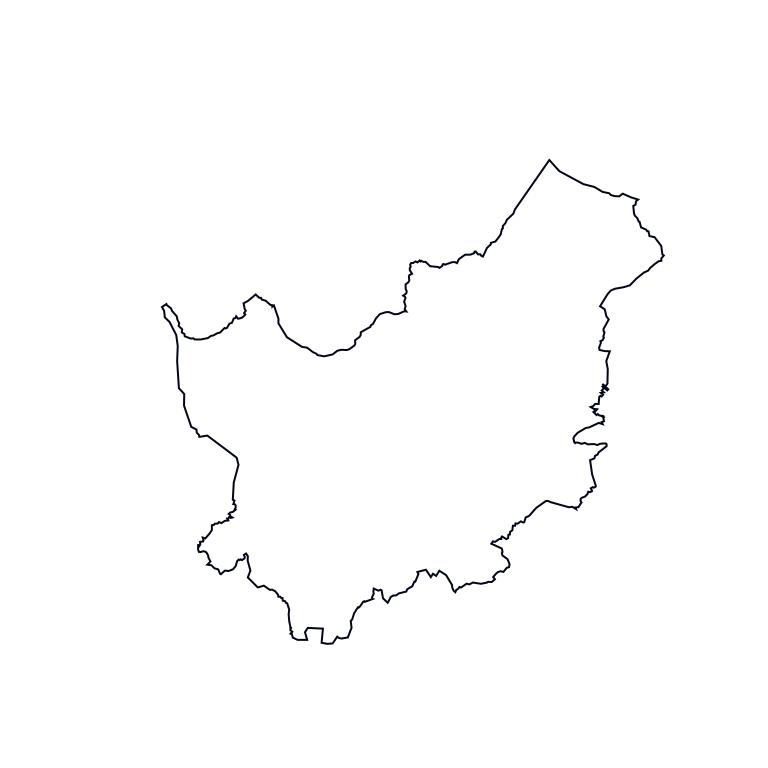 Ixtacamaxtitlán, Puebla, Mexico, rotated 112°
{"feature_id": "50627088B57019790335861", "entity_name": "Ixtacamaxtitlán", "entity_type": "district", "adm_level": 2, "iso_a3": "MEX", "parent_name": "Mexico", "parent_adm1": "Puebla", "projection": "albers", "projection_center": [-97.837, 19.598], "detail": "fine", "context": "isolated", "style": "outline", "palette": "ink", "viewbox_px": 768, "rotation_deg": 112, "n_neighbors": 0, "source": "geoboundaries", "source_scale": "gbopen_adm2", "svg_char_len": 6166}
<svg xmlns="http://www.w3.org/2000/svg" viewBox="0 0 768 768"><g transform="rotate(112 384 384)"><path d="M165.9,173.0L163.8,173.9L160.0,172.7L159.6,174.4L152.2,178.6L146.5,188.1L147.4,193.3L143.4,195.9L143.7,197.3L142.7,198.7L142.5,204.3L137.9,207.8L137.9,208.8L135.5,211.0L134.0,214.3L132.5,215.9L125.5,219.6L123.6,218.0L120.0,218.7L117.8,217.5L118.4,224.8L118.1,234.0L121.9,236.2L123.4,240.5L123.8,244.5L122.8,246.6L124.0,253.3L122.5,262.9L124.0,273.9L121.0,301.1L114.4,314.6L173.2,328.0L177.7,327.9L185.7,331.6L189.4,331.7L193.1,333.0L195.2,332.1L196.2,332.7L201.4,331.9L204.3,332.4L210.2,334.1L213.1,337.8L214.6,337.3L219.2,339.5L228.8,340.0L228.7,341.7L227.7,343.3L228.6,345.3L226.8,348.6L227.3,349.6L228.9,349.4L231.6,352.2L233.8,357.3L240.3,361.4L244.6,361.6L244.4,363.7L245.4,366.3L250.5,372.1L250.4,373.5L251.0,374.3L252.7,374.2L255.6,376.1L255.2,377.5L257.5,385.3L255.2,391.3L256.0,393.1L255.9,395.7L256.7,396.1L256.1,397.2L258.7,398.5L258.6,400.8L260.7,402.1L261.6,404.1L263.4,404.5L265.7,403.1L267.1,403.5L268.9,402.6L271.3,399.3L273.5,401.2L274.7,401.3L278.7,399.3L280.5,399.5L283.6,401.3L287.8,399.5L289.5,397.7L291.6,397.3L294.9,399.3L295.2,397.4L296.2,396.3L300.1,396.2L303.6,393.2L306.8,392.8L308.4,390.4L309.0,392.5L313.7,397.0L315.4,400.3L315.5,406.5L316.8,409.3L320.7,414.0L326.1,416.0L332.4,416.7L334.6,418.2L336.1,418.0L344.7,424.9L347.3,424.0L349.3,424.2L354.4,427.2L357.4,425.7L359.3,425.8L364.6,429.1L366.4,431.1L368.2,436.2L370.6,439.7L375.8,442.7L380.8,449.9L382.1,456.6L381.3,457.9L381.1,461.7L379.1,469.0L380.3,473.9L377.0,491.5L367.3,504.6L362.9,506.4L352.4,515.5L354.2,516.5L352.8,517.2L353.2,518.9L351.1,525.0L351.5,529.0L350.2,530.3L350.8,532.0L349.1,536.5L358.0,541.3L361.8,544.4L366.5,541.4L367.8,539.6L370.7,540.3L371.6,538.6L373.4,539.3L375.9,540.7L378.2,543.7L376.6,546.4L378.5,546.4L379.6,547.9L384.2,547.9L385.9,549.9L390.7,550.6L391.8,551.6L391.8,552.8L397.8,555.3L399.2,557.4L403.1,560.6L404.1,562.4L407.4,564.5L411.2,570.3L413.6,576.1L413.1,577.9L414.3,580.3L414.4,586.6L412.4,587.8L411.9,590.8L408.9,591.6L407.1,596.2L404.4,596.6L401.9,599.5L398.8,601.6L395.6,608.0L393.7,609.7L392.1,615.2L391.4,615.7L395.8,618.7L398.6,615.2L404.3,612.2L406.8,606.1L416.4,595.0L426.0,589.5L440.2,584.4L464.7,572.6L468.1,565.5L479.0,561.3L495.9,546.7L496.5,540.8L499.3,539.3L500.4,536.7L502.2,535.4L498.0,528.5L507.5,493.0L513.5,488.6L531.6,486.4L548.0,480.8L548.1,479.0L551.8,478.7L551.4,477.3L552.0,476.2L553.8,475.3L556.0,475.4L556.1,474.5L559.3,476.3L560.7,478.4L562.7,479.3L563.1,477.6L564.1,477.1L564.6,474.6L565.5,475.8L565.7,477.8L566.9,477.8L567.5,479.0L568.8,477.3L570.6,480.4L573.9,482.6L573.8,485.2L575.7,485.9L576.8,488.4L578.5,489.1L579.4,490.7L583.8,488.9L587.6,489.6L594.1,491.8L594.3,494.5L596.7,492.7L597.7,492.7L599.3,495.4L601.4,494.3L602.9,494.4L602.3,495.0L602.9,496.0L607.1,494.4L609.0,492.7L608.5,491.0L606.8,489.1L606.4,487.0L606.7,485.5L608.8,482.9L610.8,481.7L613.6,478.4L617.7,480.1L616.7,476.1L618.4,472.1L618.0,468.2L621.4,464.9L621.5,464.0L616.6,461.6L615.7,458.2L612.4,454.6L608.3,453.3L603.4,453.8L601.2,453.0L601.3,451.8L600.2,451.0L600.5,449.7L597.9,448.0L596.8,448.1L594.9,449.9L592.8,448.4L594.7,445.7L598.9,444.2L607.0,438.0L614.4,437.8L619.9,424.8L616.0,419.9L617.6,412.7L616.6,410.8L616.9,407.3L619.0,403.4L620.8,402.2L620.1,400.6L620.9,399.0L620.5,397.9L622.8,396.7L622.5,394.2L623.6,393.0L623.6,391.6L628.7,387.4L633.3,386.1L639.5,383.0L644.9,379.4L645.0,377.9L645.3,379.4L647.3,378.6L648.1,376.2L650.5,377.1L650.5,375.7L653.3,373.5L653.6,368.3L650.0,359.4L643.7,364.3L638.7,363.3L633.7,349.0L647.3,344.9L646.1,339.0L643.7,334.4L635.8,332.7L636.4,330.4L635.8,327.8L632.5,322.6L622.1,322.8L616.2,326.1L614.2,325.3L607.7,325.8L600.8,324.5L600.8,323.7L599.1,322.9L593.6,321.7L592.7,320.7L593.1,320.1L587.5,313.9L587.5,314.7L585.9,315.2L582.2,315.0L580.3,316.2L577.5,316.8L577.7,311.8L576.0,310.0L576.2,308.9L583.0,304.7L585.5,298.6L578.8,297.9L576.7,296.2L575.4,293.5L572.6,291.8L568.1,285.6L565.5,285.5L561.0,282.0L555.9,281.9L555.4,281.5L556.5,281.3L555.2,280.9L547.3,280.9L545.8,282.6L540.5,275.6L545.5,268.2L541.6,267.5L542.4,263.8L536.4,262.7L538.0,254.7L544.9,245.6L547.3,244.4L549.6,241.9L550.4,239.9L547.8,239.8L545.9,238.4L543.9,238.0L543.9,236.4L538.2,232.6L537.8,229.8L534.8,227.2L532.9,219.2L529.5,214.1L528.4,213.4L527.3,210.0L523.5,208.0L522.1,210.5L518.0,209.1L515.9,208.1L514.0,205.9L513.5,202.9L508.6,201.4L507.0,199.5L504.0,200.1L500.1,203.9L498.6,209.9L496.7,211.4L495.3,211.2L492.4,213.1L491.9,224.7L489.0,224.0L488.8,221.9L484.5,219.0L483.8,217.2L482.3,217.8L481.1,217.4L482.0,212.5L480.4,211.2L477.2,212.2L476.4,210.9L474.0,211.7L471.6,210.2L467.1,211.4L466.3,209.4L464.0,209.8L463.5,207.9L460.1,205.6L460.3,203.1L459.6,202.2L454.6,202.6L451.9,200.0L441.9,196.5L431.9,190.1L431.0,188.4L431.1,184.9L429.0,166.3L427.3,163.5L428.0,159.1L426.8,160.2L425.3,157.6L419.8,156.5L418.8,158.0L416.8,158.6L415.5,158.1L413.0,155.4L409.8,154.1L407.4,154.3L407.2,152.7L405.8,151.2L405.2,151.0L403.2,153.2L401.5,151.9L401.6,150.9L400.3,149.5L399.3,149.3L389.8,157.2L377.4,164.4L374.2,161.1L371.4,161.4L369.4,159.5L367.0,159.4L358.3,154.3L356.4,155.1L356.1,156.2L357.2,158.8L358.7,161.5L360.6,163.2L361.0,166.8L363.6,172.4L363.4,175.8L365.5,178.5L365.6,182.0L366.4,184.2L367.2,184.6L366.8,185.7L363.5,188.0L361.2,187.9L356.6,186.1L349.0,180.3L347.5,177.6L339.6,170.3L339.3,166.2L337.8,167.9L336.1,166.1L333.4,167.9L332.5,167.6L332.4,168.9L332.0,168.2L331.5,168.6L332.5,172.7L331.8,174.5L333.2,175.3L331.5,179.4L330.1,178.6L330.4,177.9L327.6,176.9L328.5,180.0L327.9,183.8L326.2,181.8L323.4,180.8L322.1,177.5L315.3,179.6L314.0,179.0L314.1,177.6L312.0,176.8L311.0,179.6L309.4,177.0L308.4,179.7L305.7,178.6L304.1,181.3L306.3,174.6L304.9,174.1L302.2,181.6L303.2,177.7L299.9,177.0L286.4,182.1L279.5,186.5L269.1,186.9L270.8,191.6L271.7,196.9L269.7,198.2L264.5,198.3L263.3,199.4L261.4,197.7L258.7,197.5L257.9,198.4L253.5,198.9L252.8,200.1L250.9,201.1L240.0,199.8L237.9,203.2L232.0,207.4L231.0,212.8L216.7,210.3L212.5,208.8L209.2,205.6L204.5,198.1L200.4,193.0L191.8,189.5L183.2,184.7L179.9,181.5L176.9,180.8L171.3,177.9L167.3,175.3L165.9,173.0Z" fill="none" stroke="#020617" stroke-width="2"/></g></svg>